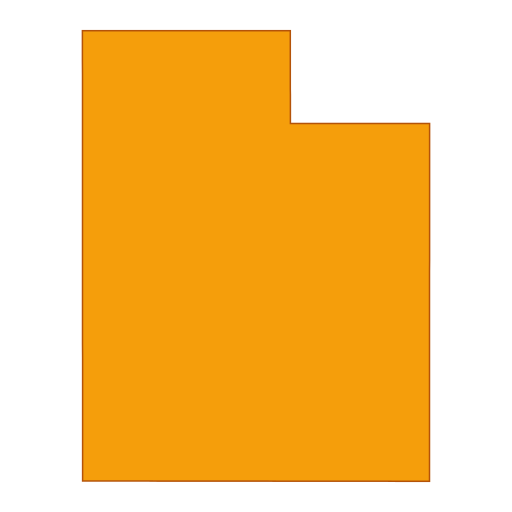 outline of Utah
{"feature_id": "USA-3526", "entity_name": "Utah", "entity_type": "State", "adm_level": 1, "iso_a3": "USA", "parent_name": "United States of America", "parent_adm1": "", "projection": "mercator", "projection_center": [-111.421, 39.5], "detail": "fine", "context": "isolated", "style": "filled", "palette": "amber", "viewbox_px": 512, "rotation_deg": 0, "n_neighbors": 0, "source": "natural_earth", "source_scale": "10m", "svg_char_len": 1804}
<svg xmlns="http://www.w3.org/2000/svg" viewBox="0 0 512 512"><path d="M290.3,30.7L290.3,36.6L290.3,42.4L290.3,48.2L290.3,54.1L290.3,59.9L290.3,65.7L290.3,71.5L290.3,77.3L290.3,83.1L290.3,88.9L290.4,94.7L290.4,100.4L290.4,106.2L290.4,112.0L290.4,117.7L290.4,123.5L299.1,123.5L307.8,123.5L316.5,123.5L325.2,123.5L333.9,123.5L342.6,123.5L351.3,123.5L360.0,123.5L368.7,123.5L377.4,123.5L386.1,123.5L394.8,123.5L403.5,123.5L412.2,123.5L420.9,123.5L429.6,123.5L429.6,135.0L429.6,146.5L429.6,157.9L429.6,169.4L429.6,180.8L429.6,192.2L429.6,203.5L429.6,214.9L429.6,226.2L429.6,237.5L429.6,248.8L429.6,260.1L429.5,271.3L429.5,282.5L429.5,293.7L429.5,304.9L429.5,316.1L429.5,327.2L429.5,338.4L429.5,349.5L429.5,360.6L429.5,371.6L429.5,382.7L429.5,393.7L429.5,404.7L429.5,415.7L429.5,426.7L429.5,437.6L429.5,448.6L429.5,459.5L429.5,470.4L429.5,481.3L418.7,481.3L407.9,481.3L397.0,481.3L386.2,481.2L375.3,481.2L364.5,481.2L353.6,481.2L342.8,481.2L332.0,481.2L321.1,481.2L310.3,481.2L299.4,481.2L288.6,481.2L277.8,481.2L266.9,481.1L256.1,481.1L245.2,481.1L234.4,481.1L223.5,481.1L212.7,481.1L201.9,481.1L191.0,481.1L180.2,481.1L169.3,481.1L158.5,481.1L147.7,481.0L136.8,481.0L126.0,481.0L115.1,481.0L104.3,481.0L93.4,481.0L82.6,481.0L82.6,467.4L82.6,453.8L82.6,440.1L82.6,426.4L82.6,412.7L82.6,399.0L82.6,385.2L82.6,371.4L82.6,357.6L82.5,343.7L82.5,329.8L82.5,315.9L82.5,301.9L82.5,288.0L82.5,273.9L82.5,259.9L82.5,245.8L82.5,231.7L82.5,217.6L82.5,203.4L82.5,189.2L82.5,175.0L82.5,160.7L82.5,146.4L82.5,132.0L82.5,117.7L82.5,103.3L82.5,88.8L82.5,74.4L82.4,59.8L82.4,45.3L82.4,30.7L95.4,30.7L108.4,30.7L121.4,30.7L134.4,30.7L147.4,30.7L160.4,30.7L173.4,30.7L186.4,30.7L199.4,30.7L212.4,30.7L225.4,30.7L238.4,30.7L251.4,30.7L264.3,30.7L277.3,30.7L290.3,30.7Z" fill="#f59e0b" stroke="#b45309" stroke-width="1.5"/></svg>